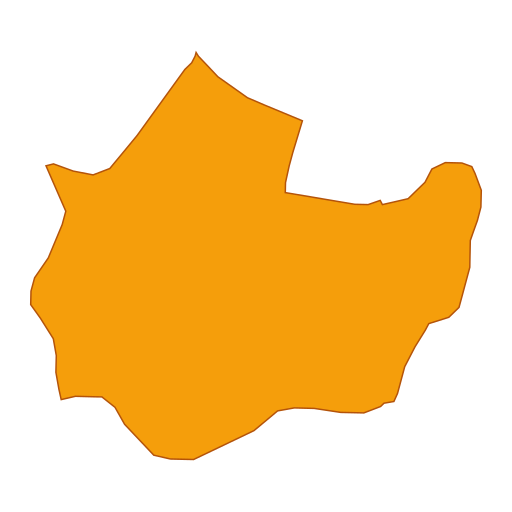 Al-Qanayat, Ash Sharqiyah, Egypt
{"feature_id": "37247803B43840027244949", "entity_name": "Al-Qanayat", "entity_type": "district", "adm_level": 2, "iso_a3": "EGY", "parent_name": "Egypt", "parent_adm1": "Ash Sharqiyah", "projection": "albers", "projection_center": [31.473, 30.634], "detail": "fine", "context": "isolated", "style": "filled", "palette": "amber", "viewbox_px": 512, "rotation_deg": 0, "n_neighbors": 0, "source": "geoboundaries", "source_scale": "gbopen_adm2", "svg_char_len": 1125}
<svg xmlns="http://www.w3.org/2000/svg" viewBox="0 0 512 512"><path d="M289.2,165.8L292.8,152.5L302.4,120.8L263.9,104.8L247.4,97.7L227.8,83.8L217.9,76.8L208.2,66.5L198.4,56.2L196.1,52.5L195.1,56.2L191.7,62.8L184.9,69.4L137.1,135.5L123.5,152.0L109.8,168.5L93.1,174.9L73.3,171.1L53.5,163.9L46.0,165.8L65.8,211.2L62.2,224.6L48.3,257.9L34.6,277.8L31.0,291.1L30.7,304.6L40.4,318.2L53.3,338.7L56.3,355.6L55.9,372.3L58.9,389.2L61.2,399.6L75.4,396.3L95.3,396.8L101.9,396.9L115.0,407.3L124.6,424.3L153.8,455.2L170.4,459.0L193.6,459.5L202.6,455.2L254.0,430.6L277.6,410.9L294.3,407.9L314.2,408.4L340.7,412.4L363.9,412.9L380.6,406.5L384.0,403.2L393.9,401.5L397.5,393.5L401.1,380.1L404.7,366.7L415.0,346.8L425.3,330.2L428.8,323.6L448.8,317.3L455.6,310.7L459.0,307.4L462.6,294.1L464.4,287.4L469.8,267.3L469.9,260.6L470.3,240.5L471.7,236.5L473.8,230.5L477.4,220.5L480.9,207.1L481.3,190.3L475.0,173.4L471.8,166.6L461.9,163.0L445.3,162.6L431.9,169.0L425.0,182.3L418.2,188.9L408.1,198.7L394.7,201.8L382.4,204.6L380.2,200.4L368.1,204.6L354.8,204.3L285.3,192.6L285.5,182.6L289.2,165.8Z" fill="#f59e0b" stroke="#b45309" stroke-width="1.5"/></svg>